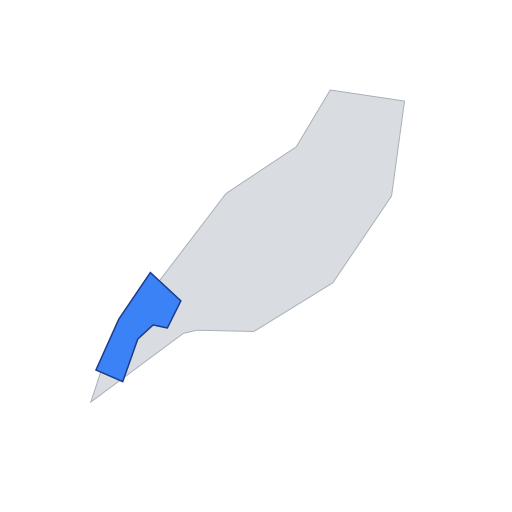 Ngaraard highlighted on a map of Palau, rotated 208°
{"feature_id": "PLW-5251", "entity_name": "Ngaraard", "entity_type": "state/province", "adm_level": 1, "iso_a3": "PLW", "parent_name": "Palau", "parent_adm1": "", "projection": "orthographic", "projection_center": [134.644, 7.639], "detail": "fine", "context": "in_parent", "style": "filled", "palette": "blue", "viewbox_px": 512, "rotation_deg": 208, "n_neighbors": 0, "source": "natural_earth", "source_scale": "10m", "svg_char_len": 481}
<svg xmlns="http://www.w3.org/2000/svg" viewBox="0 0 512 512"><g transform="rotate(208 256 256)"><path d="M268.4,437.4L197.6,462.5L164.5,372.6L175.6,268.4L222.4,188.4L273.4,162.7L283.9,153.5L333.3,49.5L343.1,106.9L311.8,297.2L271.7,371.3L268.4,437.4Z" fill="#d9dde1" stroke="#a8b0b8" stroke-width="1"/><path d="M343.8,80.2L347.5,135.9L341.5,191.8L301.3,181.1L300.5,150.8L314.5,146.8L321.4,127.2L314.7,82.5L343.8,80.2Z" fill="#3b82f6" stroke="#1e3a8a" stroke-width="1.5"/></g></svg>